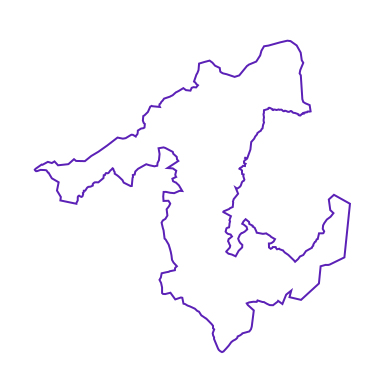 Tafawa-Balewa, Bauchi, Nigeria, rotated 274°
{"feature_id": "59680162B48786148420785", "entity_name": "Tafawa-Balewa", "entity_type": "district", "adm_level": 2, "iso_a3": "NGA", "parent_name": "Nigeria", "parent_adm1": "Bauchi", "projection": "robinson", "projection_center": [9.578, 9.844], "detail": "fine", "context": "isolated", "style": "outline", "palette": "violet", "viewbox_px": 384, "rotation_deg": 274, "n_neighbors": 0, "source": "geoboundaries", "source_scale": "gbopen_adm2", "svg_char_len": 6040}
<svg xmlns="http://www.w3.org/2000/svg" viewBox="0 0 384 384"><g transform="rotate(274 192 192)"><path d="M285.6,163.4L283.2,157.6L281.2,156.4L279.7,155.1L278.1,154.4L277.3,153.5L275.6,153.4L274.6,154.0L274.8,146.5L275.1,145.8L274.2,144.4L268.7,142.4L265.1,139.2L264.4,138.1L259.8,138.0L257.4,139.1L256.6,140.2L253.0,140.1L252.3,139.1L251.7,136.7L249.5,133.7L247.1,133.7L245.7,133.4L244.5,132.4L243.4,132.0L244.9,129.1L244.9,127.5L241.1,122.1L240.8,121.0L240.4,119.3L241.1,113.9L232.4,104.1L225.7,95.9L220.9,89.0L215.3,83.0L214.9,74.2L216.5,72.0L211.5,67.1L211.1,66.5L209.3,56.5L212.9,52.7L211.1,50.2L212.0,46.1L208.7,40.9L208.9,40.1L204.2,34.3L203.2,33.6L202.4,34.3L201.9,35.0L202.1,36.2L203.5,39.4L203.6,44.0L203.4,45.3L201.3,47.0L201.3,47.5L195.9,51.2L192.4,58.3L184.0,57.2L177.9,61.5L174.4,61.3L172.2,77.5L173.1,77.5L175.6,78.6L179.0,78.4L179.9,78.8L180.5,79.6L179.7,81.0L179.4,82.1L180.0,83.0L182.3,83.6L183.4,83.2L184.2,84.0L185.7,84.0L185.9,85.4L189.0,87.1L189.9,88.2L190.3,90.5L191.5,92.6L192.8,92.4L194.0,93.2L194.8,94.2L195.0,95.6L195.1,97.9L199.7,102.7L202.6,102.8L202.8,103.9L204.4,104.5L204.9,105.0L204.8,106.7L205.3,107.5L207.6,108.9L208.8,110.1L210.1,111.1L209.8,111.7L207.7,112.6L206.4,113.5L204.9,113.6L203.4,116.2L202.3,117.8L199.0,121.8L196.6,123.2L193.6,130.4L193.8,131.5L201.9,131.7L202.6,132.1L204.8,131.8L205.4,133.6L208.5,134.0L211.4,136.6L216.5,144.4L215.7,147.8L215.0,152.7L215.8,155.5L218.6,155.6L221.4,156.8L227.6,157.0L233.3,155.6L234.5,160.5L234.1,162.2L230.7,170.0L228.8,170.7L226.0,174.3L223.5,174.8L222.0,176.2L214.2,165.9L214.2,171.2L212.1,174.8L208.1,174.1L206.4,174.7L205.9,175.1L203.9,171.5L201.4,172.4L200.4,174.8L200.4,175.2L197.7,178.5L192.3,182.2L192.3,179.5L189.6,174.3L189.7,170.3L190.3,166.1L190.1,163.7L185.6,163.6L181.1,164.2L181.6,169.1L179.1,171.0L178.8,171.1L176.1,170.0L173.0,167.9L166.8,169.1L163.3,167.3L161.6,164.9L159.3,163.8L153.8,165.5L151.8,166.3L143.6,167.9L142.8,169.0L137.9,172.4L133.7,174.0L130.8,175.0L127.1,176.0L122.9,176.8L120.3,178.5L116.9,182.1L115.4,180.7L114.7,180.4L112.8,180.4L111.3,175.0L110.8,174.5L110.2,172.1L108.8,167.4L104.6,166.9L102.1,165.7L99.1,167.5L94.7,168.8L89.1,169.2L88.3,170.2L88.3,172.3L90.0,177.5L83.7,182.8L86.0,188.3L85.8,189.7L80.0,191.3L79.7,193.0L78.4,195.5L77.7,198.0L75.8,203.0L73.7,205.6L73.1,207.3L69.6,209.9L66.4,215.4L61.7,220.7L60.0,222.3L57.5,222.5L56.5,223.7L52.5,222.5L50.3,223.1L48.5,224.2L47.0,224.2L37.8,228.8L36.4,229.7L35.1,231.4L34.4,233.1L35.1,234.5L38.2,237.0L41.2,239.3L44.9,241.6L46.4,243.2L47.9,245.6L48.7,246.5L49.8,247.4L51.1,247.6L52.3,249.9L53.9,251.8L54.5,252.1L56.9,258.9L59.2,260.4L61.9,261.0L78.2,261.9L83.2,255.5L84.7,254.4L85.9,256.8L86.8,260.9L86.9,264.2L88.4,264.9L87.2,269.9L87.2,271.5L85.9,274.1L84.6,277.4L84.7,280.7L88.7,285.2L89.4,285.5L86.6,290.0L96.2,293.1L100.6,297.9L93.9,296.6L92.0,308.3L109.6,325.0L126.9,325.5L128.6,330.3L128.7,332.8L129.2,334.4L137.4,348.6L191.3,350.4L199.1,333.8L194.1,329.0L183.6,331.2L180.8,334.6L177.0,332.0L173.9,328.4L170.1,326.1L167.8,325.1L164.3,325.0L162.0,326.6L160.2,326.0L159.9,325.6L159.6,321.6L153.8,320.7L153.5,319.7L151.1,318.8L150.8,318.1L148.1,316.7L146.9,316.7L145.9,315.8L144.8,315.6L141.0,309.8L136.9,307.4L135.2,304.2L132.5,302.5L129.6,299.7L130.9,298.5L136.0,292.4L138.1,288.8L139.5,287.3L140.0,287.0L140.9,283.7L141.5,283.0L140.8,280.8L141.6,280.0L142.9,279.3L142.7,276.4L141.7,275.9L140.8,274.5L142.0,272.7L146.0,272.3L146.2,273.9L146.8,275.1L148.3,276.9L150.8,278.1L152.7,274.1L153.7,273.0L155.4,269.7L155.9,269.0L155.2,265.7L155.9,259.4L156.8,259.1L160.7,257.0L161.8,254.9L162.6,254.9L164.1,251.4L166.1,251.0L168.6,247.4L166.2,245.4L163.8,244.3L163.1,245.9L161.0,248.9L158.6,249.7L156.1,247.3L154.6,245.0L154.5,244.3L152.6,242.7L148.7,241.3L146.5,242.3L144.7,243.5L142.7,245.9L140.2,245.9L136.7,242.7L130.9,240.0L132.4,236.1L133.0,232.7L134.7,230.4L135.0,230.3L139.2,233.6L141.1,233.9L143.0,232.7L143.5,232.6L145.5,231.4L147.7,231.9L148.3,232.8L150.4,235.0L152.3,233.5L152.7,230.9L153.6,229.4L154.8,228.3L158.1,228.9L158.7,229.6L159.3,231.4L160.9,231.6L162.9,231.6L165.5,232.0L166.5,231.3L170.6,232.5L174.2,224.6L174.4,224.6L174.9,224.9L177.6,230.2L178.6,231.2L179.9,233.7L184.6,233.8L185.1,233.5L187.8,234.1L193.5,238.1L199.4,235.2L198.5,236.8L200.2,239.1L201.7,240.2L205.1,241.1L206.2,241.8L206.7,242.8L207.9,243.4L211.6,242.0L213.1,242.3L213.4,240.8L214.9,240.5L216.9,240.4L217.6,239.6L218.5,237.7L219.2,238.1L220.4,240.0L221.7,241.1L221.6,243.0L222.9,243.0L223.9,243.5L224.4,242.0L225.9,241.7L227.1,242.2L228.1,243.5L229.1,243.1L230.1,241.9L229.3,244.7L238.4,247.3L246.0,247.6L249.5,250.3L251.8,251.2L253.9,252.8L255.3,253.1L257.0,255.0L257.8,256.3L259.6,257.1L260.3,257.9L263.7,258.2L266.5,259.0L267.7,258.5L269.5,258.4L271.4,258.6L274.6,257.9L275.7,258.2L278.6,258.1L280.1,262.1L280.4,262.4L281.0,262.4L281.4,263.0L281.3,263.8L280.4,266.1L279.8,266.3L279.4,267.0L279.4,267.3L280.0,267.8L280.0,268.9L279.7,270.7L280.4,272.7L280.1,273.4L280.4,275.2L280.2,275.9L279.3,277.0L279.0,277.7L279.1,278.4L279.5,278.8L279.5,279.8L278.7,282.1L278.7,282.7L278.9,283.7L279.6,284.6L279.7,285.1L279.1,286.3L278.6,286.6L278.1,287.5L278.0,289.2L277.2,292.1L276.8,292.9L276.1,293.0L275.8,294.5L276.0,294.9L277.4,296.0L277.5,296.7L277.9,297.4L278.0,298.1L278.3,298.1L278.7,297.7L279.1,298.8L279.0,299.3L279.4,299.7L279.5,301.1L279.8,301.5L280.2,301.5L280.4,302.1L280.4,303.7L280.7,304.7L286.9,303.3L288.4,298.9L289.6,296.7L292.3,295.6L316.0,292.4L317.8,291.1L321.2,291.5L328.6,294.0L331.1,292.3L338.6,290.7L345.5,286.2L349.4,279.8L349.6,276.6L347.4,269.4L343.4,258.1L342.4,253.7L337.7,251.4L333.0,250.5L326.6,247.0L322.9,239.6L322.2,239.0L321.6,238.1L311.6,231.0L309.8,226.5L311.9,218.4L312.5,214.7L313.3,212.9L314.1,211.8L317.7,211.0L319.6,206.2L322.5,203.3L324.3,200.4L322.6,195.4L320.6,190.1L314.1,190.0L310.9,189.0L309.4,188.2L302.3,186.3L301.5,187.6L299.8,189.0L298.9,190.5L296.6,188.8L296.7,186.2L295.9,184.4L293.0,183.4L293.2,178.9L295.0,176.1L291.8,171.6L290.2,168.9L287.1,165.9L286.3,164.4L285.6,163.4Z" fill="none" stroke="#5b21b6" stroke-width="2"/></g></svg>